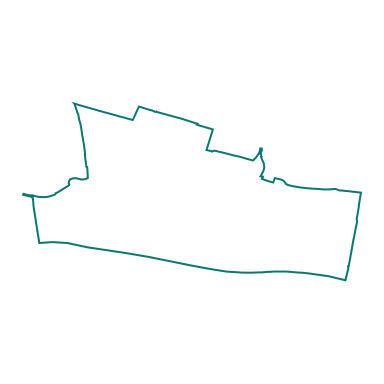 Gorinchem, Zuid-Holland, Netherlands (Natural Earth projection)
{"feature_id": "6326949B72596125477073", "entity_name": "Gorinchem", "entity_type": "district", "adm_level": 2, "iso_a3": "NLD", "parent_name": "Netherlands", "parent_adm1": "Zuid-Holland", "projection": "natural_earth1", "projection_center": [4.979, 51.841], "detail": "fine", "context": "isolated", "style": "outline", "palette": "teal", "viewbox_px": 384, "rotation_deg": 0, "n_neighbors": 0, "source": "geoboundaries", "source_scale": "gbopen_adm2", "svg_char_len": 5667}
<svg xmlns="http://www.w3.org/2000/svg" viewBox="0 0 384 384"><path d="M345.4,280.3L345.7,279.1L346.1,277.4L346.7,275.2L347.1,273.4L347.7,271.0L348.4,268.3L348.0,267.1L348.0,266.8L348.5,266.8L348.4,266.8L348.4,266.7L348.3,266.3L348.4,265.9L348.6,265.5L348.8,265.6L349.5,261.8L349.9,259.9L350.2,258.6L350.3,257.7L350.5,256.1L350.9,254.3L351.2,252.5L351.3,252.4L351.3,252.2L351.4,251.2L351.5,250.5L351.6,250.1L351.8,249.1L352.4,245.9L352.5,244.8L352.7,243.9L352.8,242.9L353.1,241.7L353.2,240.8L353.4,239.8L353.6,238.9L353.7,238.4L353.8,238.4L353.9,237.9L354.3,235.9L354.5,234.5L354.8,232.8L355.0,232.1L355.1,231.3L355.3,230.2L355.5,229.2L355.6,228.6L355.8,227.9L355.9,227.2L356.1,226.6L356.3,225.6L356.5,224.7L356.7,223.5L356.8,223.1L357.0,222.4L357.1,221.7L357.1,221.1L357.1,220.6L357.0,220.4L356.8,219.9L356.7,219.5L356.7,219.2L356.7,218.8L356.8,218.4L356.9,218.1L356.9,217.8L357.1,216.9L357.3,215.8L357.5,214.4L357.7,213.2L358.0,212.0L358.2,210.5L358.3,209.6L358.6,208.2L358.7,207.3L358.8,206.5L358.9,206.0L358.8,205.5L359.3,202.8L360.0,198.3L360.4,196.2L360.6,194.6L361.0,192.6L357.9,192.3L354.8,191.9L352.6,191.7L350.1,191.4L348.0,191.1L346.5,191.0L346.2,191.0L342.6,190.6L339.6,190.4L339.2,190.4L338.7,190.2L337.5,189.7L336.1,189.2L335.8,189.1L335.4,189.0L335.2,189.0L333.7,189.0L332.4,189.2L330.2,189.3L328.5,189.4L326.7,189.5L324.0,189.4L322.6,189.3L322.0,189.3L318.4,189.0L316.8,188.9L315.2,188.8L313.5,188.7L311.6,188.6L309.3,188.4L306.8,188.2L305.4,188.0L302.4,187.7L301.0,187.5L299.5,187.3L297.2,186.9L292.9,186.2L292.3,186.1L290.4,185.6L289.4,185.4L289.1,185.3L287.8,184.9L287.4,184.8L286.9,184.6L286.4,184.2L286.1,183.9L285.8,183.7L285.6,183.4L285.3,183.0L285.0,182.5L284.6,181.9L284.2,181.4L284.0,181.2L283.7,181.0L283.5,180.8L283.2,180.6L282.9,180.4L282.4,180.1L281.9,179.9L280.9,179.5L280.6,179.4L279.4,179.1L277.8,178.8L276.9,178.6L274.8,178.1L274.0,180.5L273.2,182.5L272.3,182.2L269.8,181.6L267.7,180.9L266.4,180.5L265.3,180.1L264.3,179.7L262.6,179.0L262.0,178.8L262.5,177.9L262.7,177.4L262.4,177.3L262.7,176.6L261.5,176.2L260.8,176.2L260.6,176.2L262.4,172.9L263.5,170.6L264.2,167.7L264.2,167.0L264.0,165.4L263.9,164.4L263.9,163.6L263.5,162.7L263.4,162.5L263.0,161.6L261.8,158.9L261.0,156.9L261.6,156.6L261.2,155.8L260.9,155.1L260.9,154.9L260.9,154.4L260.9,154.2L260.7,154.1L260.9,152.6L261.1,152.0L261.9,150.4L261.6,148.4L260.2,148.5L260.1,149.4L260.0,149.8L259.9,150.5L259.8,151.1L259.6,151.6L259.4,152.1L259.1,153.0L258.9,153.3L258.8,153.5L258.0,154.7L257.6,155.2L257.2,156.0L255.6,157.8L255.6,158.0L252.9,160.5L240.2,156.9L235.5,155.8L232.8,155.2L228.7,154.1L223.7,152.8L214.2,150.6L213.2,151.0L212.6,151.2L212.3,151.4L212.0,151.5L211.8,151.6L211.7,151.5L211.8,151.2L209.5,150.8L209.2,150.6L206.5,150.1L209.2,141.3L211.4,134.1L211.5,134.0L211.5,133.9L212.8,129.4L199.4,125.5L196.9,124.7L197.5,123.8L180.2,118.3L175.2,117.0L172.7,116.3L162.8,113.6L156.6,111.9L156.4,111.7L156.0,112.3L155.9,112.6L155.9,112.4L155.9,112.2L154.8,111.7L153.1,110.9L151.7,110.2L151.4,110.2L151.2,110.4L148.5,109.5L142.9,107.8L141.5,107.3L141.2,107.2L140.3,107.0L138.9,106.6L133.2,119.2L132.8,120.0L126.8,118.4L125.2,117.9L124.9,117.8L124.6,117.7L123.6,117.5L122.6,117.2L121.6,116.9L121.0,116.8L120.6,116.7L119.7,116.5L118.0,116.0L117.4,115.8L116.1,115.5L115.7,115.3L114.3,115.0L114.0,114.9L112.7,114.5L112.4,114.4L112.1,114.4L111.6,114.2L111.1,114.1L107.0,112.9L106.1,112.7L104.9,112.4L101.6,111.4L101.2,111.3L100.9,111.3L97.7,110.4L96.3,109.9L94.3,109.4L93.4,109.1L91.8,108.7L91.2,108.5L90.6,108.3L90.0,108.2L89.5,108.0L89.1,107.9L88.4,107.7L87.8,107.6L86.4,107.1L85.8,106.9L85.4,106.8L85.0,106.8L84.8,106.7L84.4,106.6L84.1,106.5L82.8,106.1L81.6,105.8L80.4,105.4L79.4,105.2L77.7,104.6L77.3,104.5L76.1,104.1L74.5,103.7L74.6,103.8L75.1,105.6L76.4,109.6L77.4,112.5L77.6,113.1L77.7,113.3L77.8,113.3L78.2,114.5L78.5,115.6L78.5,115.9L78.7,116.9L79.0,118.5L79.1,119.1L79.1,119.4L79.3,120.2L79.4,120.6L79.7,121.5L80.4,123.7L80.5,124.2L80.6,125.1L80.8,126.0L80.9,126.6L81.4,129.1L81.4,129.4L81.9,132.8L82.2,134.9L82.6,137.3L82.9,138.6L83.0,139.4L83.7,143.4L84.2,146.9L85.2,154.6L84.9,154.6L85.2,157.7L85.3,158.4L85.4,159.8L85.7,161.4L85.8,162.2L85.8,162.3L86.4,166.8L87.0,166.9L87.2,167.0L87.2,167.4L87.4,168.9L87.4,170.0L87.5,170.7L87.5,171.8L87.7,175.2L87.8,175.7L87.7,176.0L87.8,178.0L87.4,178.2L86.8,178.5L85.6,179.0L84.2,179.4L82.3,179.5L80.3,179.3L78.1,178.7L76.1,178.2L74.5,178.2L72.6,178.4L71.0,179.1L70.3,179.6L70.0,179.6L70.0,179.9L69.4,180.4L69.0,181.5L68.7,183.1L69.3,184.7L69.0,185.3L68.2,185.8L64.3,188.2L63.6,188.6L63.0,189.0L61.9,189.8L57.0,192.7L55.7,193.2L55.3,194.3L54.0,194.9L51.4,195.8L49.1,196.5L46.8,196.9L45.1,197.1L42.9,197.1L40.3,197.0L40.2,197.1L37.7,196.7L35.3,196.1L32.5,195.5L32.5,195.3L30.4,195.3L29.6,195.3L28.0,195.0L26.7,194.7L25.9,194.5L23.5,193.8L23.0,194.7L24.5,195.2L25.5,195.4L27.8,195.9L28.8,196.2L29.9,196.4L30.8,196.6L31.8,196.9L32.2,197.2L32.3,197.4L32.3,197.6L32.8,197.6L32.8,198.0L33.3,202.5L33.3,203.6L33.6,206.5L33.8,208.2L34.5,212.4L35.5,219.0L38.1,235.4L39.0,240.8L39.3,243.0L52.2,242.1L67.3,243.0L86.9,247.2L125.5,253.0L149.1,257.0L190.1,265.3L211.9,269.3L224.0,271.2L226.5,271.6L236.5,272.2L241.9,272.6L251.0,272.7L258.8,272.4L262.0,272.4L262.7,272.3L265.3,272.1L267.0,271.9L269.9,271.8L273.0,271.6L275.8,271.5L276.9,271.5L278.8,271.5L280.4,271.5L281.5,271.5L283.9,271.5L287.1,271.6L288.7,271.7L289.7,271.8L291.0,271.9L291.9,272.0L295.2,272.3L298.1,272.5L300.1,272.6L301.7,272.7L304.2,272.9L304.8,273.0L308.3,273.4L308.6,273.4L310.8,273.7L314.2,274.2L318.6,274.8L325.6,275.8L326.9,276.0L327.6,276.1L329.0,276.3L331.2,276.8L333.3,277.3L335.1,277.8L341.5,279.3L345.4,280.3Z" fill="none" stroke="#0f766e" stroke-width="2"/></svg>